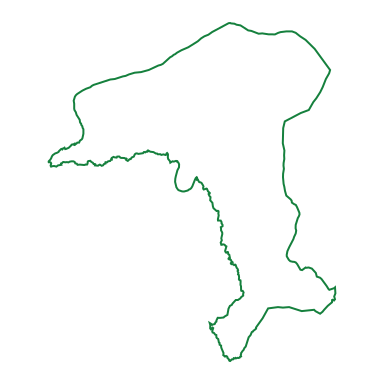 the district of Tsorona, Debub, Eritrea
{"feature_id": "51966322B5421024020858", "entity_name": "Tsorona", "entity_type": "district", "adm_level": 2, "iso_a3": "ERI", "parent_name": "Eritrea", "parent_adm1": "Debub", "projection": "mercator", "projection_center": [39.222, 14.605], "detail": "fine", "context": "isolated", "style": "outline", "palette": "green", "viewbox_px": 384, "rotation_deg": 0, "n_neighbors": 0, "source": "geoboundaries", "source_scale": "gbopen_adm2", "svg_char_len": 5970}
<svg xmlns="http://www.w3.org/2000/svg" viewBox="0 0 384 384"><path d="M230.2,23.0L228.6,23.2L212.2,32.0L208.4,34.7L204.4,36.3L201.2,38.3L197.8,41.3L188.2,47.3L181.5,50.2L177.0,52.7L175.1,54.2L173.7,54.8L172.1,56.2L170.1,57.3L162.8,63.9L160.7,64.9L158.4,65.5L148.7,70.0L141.0,72.1L134.7,72.7L129.0,74.4L125.6,75.9L122.9,76.4L114.8,79.0L110.3,79.5L93.6,84.9L91.8,85.9L90.4,87.2L86.2,88.7L82.4,90.6L77.2,94.0L75.9,95.2L74.9,96.7L73.7,100.7L74.2,103.7L74.2,108.6L74.5,110.1L75.8,112.2L76.6,114.9L79.7,119.8L80.0,122.1L80.5,123.1L81.1,123.6L81.3,124.9L82.3,126.2L82.6,127.8L83.4,129.2L83.4,133.8L82.4,138.3L81.8,139.3L79.9,140.7L79.1,142.6L77.3,142.6L76.4,143.7L75.7,143.6L75.2,144.6L74.6,145.0L74.1,144.8L74.0,144.0L73.1,144.6L72.3,144.4L71.6,144.7L71.0,145.6L68.7,147.8L65.9,149.0L65.2,149.1L64.5,147.7L63.3,148.5L62.9,148.5L62.3,149.4L61.6,148.9L61.2,149.0L59.0,151.1L58.5,152.0L56.8,152.9L55.2,153.4L52.8,155.1L51.9,156.4L51.2,158.2L50.3,159.7L48.8,161.2L48.6,161.9L48.9,162.3L49.9,162.2L50.6,162.4L51.2,163.3L50.6,165.7L51.1,166.6L52.3,166.2L54.1,166.0L56.4,166.6L58.0,165.4L61.4,164.8L61.0,163.5L62.2,163.0L62.7,162.3L63.3,162.0L65.5,162.3L66.9,162.1L68.5,162.4L69.6,161.7L71.6,161.3L73.2,161.3L74.6,161.9L75.3,163.4L76.8,163.7L77.5,164.8L79.9,164.6L84.0,165.0L84.9,164.9L85.4,164.5L87.0,164.6L87.5,163.8L87.8,161.5L88.3,161.1L90.3,160.8L91.4,162.0L92.8,162.7L93.6,164.0L94.9,164.0L95.3,164.3L95.0,165.4L98.0,165.7L99.5,164.7L100.0,164.7L101.7,165.8L103.1,165.3L103.9,164.1L105.5,163.5L105.3,162.8L105.5,162.2L107.1,162.3L108.1,161.3L110.1,161.0L111.1,159.6L111.8,159.7L111.9,159.2L111.4,158.5L111.8,157.9L113.5,156.9L114.4,157.3L116.6,157.6L117.2,156.6L119.0,156.5L119.4,156.6L120.4,157.7L121.2,157.9L124.3,158.0L125.1,158.5L126.0,158.4L126.5,158.7L126.1,159.5L126.2,160.0L127.8,160.9L129.6,159.2L130.7,159.1L131.7,157.5L133.8,156.6L134.8,154.3L135.9,153.5L136.9,153.4L138.4,153.9L143.0,153.2L143.8,152.1L144.4,152.0L145.2,152.4L146.4,151.6L147.1,151.8L147.7,151.5L147.7,150.6L148.0,150.4L150.3,151.7L153.5,152.1L155.8,153.5L157.0,153.5L157.9,154.3L160.3,154.2L161.3,154.9L163.5,154.4L165.5,155.0L165.9,154.9L166.6,153.4L167.1,153.0L167.7,153.7L168.0,154.7L167.8,157.2L168.2,159.0L169.9,161.1L170.3,162.7L172.5,161.3L173.8,161.6L176.0,160.9L177.2,161.1L177.2,161.8L178.2,162.3L179.1,164.3L179.0,167.3L177.4,170.3L175.8,176.3L175.3,178.7L175.1,181.9L176.4,187.3L178.0,189.7L178.9,190.3L182.1,191.4L184.0,191.5L187.8,190.5L188.7,189.7L189.9,189.2L191.1,188.3L192.3,186.4L195.0,179.6L195.8,178.0L196.7,177.2L197.0,177.5L196.9,178.0L197.2,178.5L196.7,179.5L196.9,179.9L198.0,179.8L198.9,181.7L199.5,182.2L200.4,182.3L201.5,182.9L203.1,185.5L203.5,186.6L203.1,187.8L203.2,188.8L203.8,189.5L206.4,188.6L206.9,188.8L208.0,191.3L209.8,193.0L209.7,193.5L208.7,193.7L208.6,194.1L209.4,195.9L210.5,197.1L210.2,200.3L212.4,202.8L212.9,206.4L213.5,208.2L216.6,211.0L217.9,210.8L218.4,211.1L218.6,212.0L218.3,213.1L218.7,215.5L217.9,219.2L218.0,220.5L220.7,220.6L221.6,222.2L221.5,223.2L222.6,225.0L222.5,226.3L220.8,227.2L221.1,229.0L221.0,230.2L222.2,232.5L222.3,234.0L221.3,238.3L221.8,240.3L220.7,242.6L221.3,244.8L222.0,244.8L222.9,244.3L224.2,244.6L224.7,244.9L225.4,245.8L226.4,246.4L225.1,251.0L225.7,252.3L226.2,252.7L227.4,252.0L228.0,252.2L228.3,254.2L229.3,254.8L229.9,257.8L228.8,258.1L228.5,258.8L229.2,259.4L230.8,259.8L231.5,261.3L232.4,262.1L231.2,262.7L230.8,263.2L230.9,263.7L232.0,264.3L233.2,264.2L234.1,265.1L235.1,264.6L235.6,264.9L236.6,267.7L237.6,268.9L238.1,270.3L237.6,270.9L237.7,271.5L238.4,272.7L238.0,274.4L238.8,275.0L239.1,277.4L238.9,279.2L239.4,280.1L240.4,280.3L240.6,281.0L240.5,284.9L241.0,286.2L241.1,290.2L241.4,290.9L242.7,290.9L243.6,292.4L243.1,294.1L243.2,295.6L241.1,297.2L240.3,298.4L237.9,300.0L235.8,300.0L235.4,300.4L232.4,303.7L231.9,304.8L229.9,305.9L228.5,308.7L227.4,314.9L224.5,316.6L223.6,317.5L220.0,317.9L217.7,317.8L216.4,320.5L216.4,321.6L215.3,322.5L215.0,323.7L214.3,324.2L212.7,324.5L212.1,324.9L211.3,324.0L209.7,323.0L210.3,325.1L210.2,328.4L210.8,329.2L212.6,327.6L213.2,328.1L212.2,331.2L212.6,332.5L213.9,332.9L215.2,334.6L216.3,335.0L216.4,337.3L216.9,338.1L218.2,339.0L218.9,342.5L219.5,342.8L219.6,343.4L219.6,344.7L221.1,345.6L221.1,346.8L221.5,348.3L223.5,353.0L223.3,355.2L224.4,355.8L224.5,356.3L225.0,356.6L226.1,356.0L227.2,356.6L227.4,357.9L228.2,358.5L228.7,359.4L229.2,359.7L229.2,360.5L229.6,360.9L230.2,361.0L231.8,359.4L233.0,359.4L233.7,358.2L234.5,358.5L235.4,357.9L235.9,358.4L237.7,357.8L238.7,358.0L239.8,357.5L240.0,356.9L241.1,356.4L240.7,355.0L241.1,354.1L241.1,353.1L242.7,350.8L243.4,350.2L244.5,347.9L245.7,346.6L248.7,337.2L250.5,335.2L251.8,332.1L253.0,331.5L253.4,330.7L254.4,330.1L256.1,328.6L256.0,327.6L256.5,326.8L262.6,318.3L268.1,308.4L278.0,307.1L282.9,307.6L289.1,307.1L301.7,311.1L314.1,309.8L315.5,311.2L320.1,313.7L322.5,311.8L324.2,309.7L327.8,305.8L332.0,302.3L332.1,300.0L332.8,299.7L334.0,300.5L335.0,299.3L334.2,296.5L335.4,293.4L335.0,287.4L334.1,288.2L329.3,289.8L328.4,288.9L326.7,286.1L321.5,279.0L320.0,277.7L316.8,276.6L315.8,272.9L311.9,268.6L308.7,267.5L306.1,267.8L305.6,267.5L302.1,270.1L300.4,269.7L297.2,264.1L295.7,262.4L294.0,261.8L292.9,261.8L290.3,261.2L288.8,259.8L286.8,256.4L286.7,254.9L287.4,251.2L289.2,247.2L293.4,239.1L294.1,236.9L295.7,233.5L296.2,230.6L295.6,228.3L295.7,224.9L297.8,218.1L298.9,216.2L299.5,214.5L299.4,212.8L297.0,207.1L295.8,204.9L294.2,204.2L291.9,202.6L291.6,200.6L290.6,199.3L286.3,195.6L285.0,190.9L284.3,186.7L283.6,183.9L283.0,177.2L283.1,173.7L283.9,168.8L283.5,165.7L283.6,163.0L284.3,159.0L284.1,155.2L284.4,150.5L282.8,143.3L283.2,128.1L284.8,121.4L300.8,113.0L308.8,110.0L313.3,102.1L316.3,98.3L320.2,92.2L322.7,87.1L325.9,79.0L329.1,73.4L330.1,70.0L314.7,48.9L305.6,39.9L300.1,36.3L295.7,32.8L292.0,31.4L286.4,31.4L280.6,32.1L278.1,32.9L275.0,34.4L268.4,34.3L262.3,33.4L258.6,33.7L251.3,30.9L248.2,30.4L240.5,25.4L236.5,24.7L234.4,23.7L231.0,23.4L230.2,23.0Z" fill="none" stroke="#15803d" stroke-width="2"/></svg>